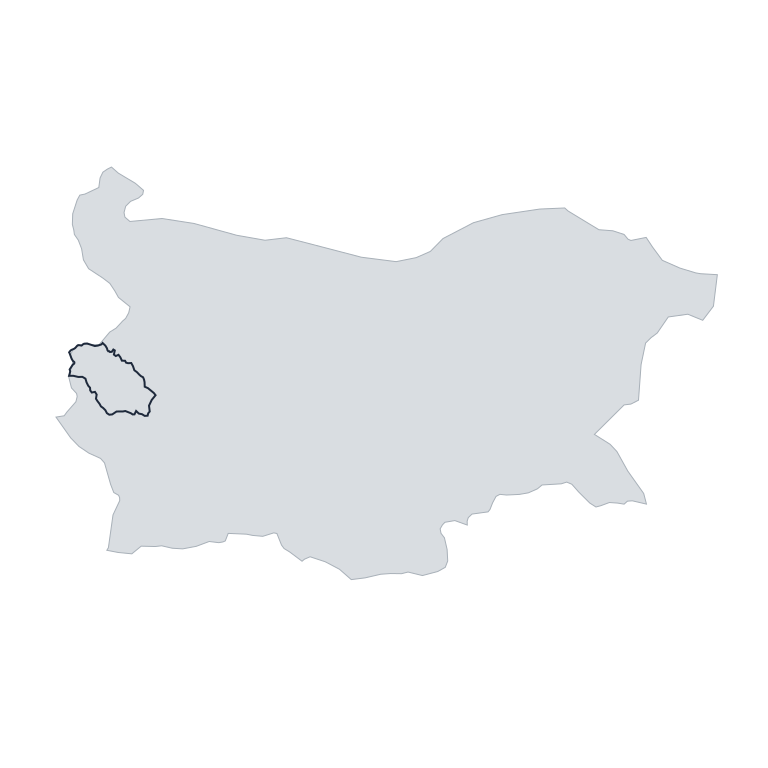 Pernik highlighted on a map of Bulgaria, rotated 4°
{"feature_id": "BGR-2245", "entity_name": "Pernik", "entity_type": "Province", "adm_level": 1, "iso_a3": "BGR", "parent_name": "Bulgaria", "parent_adm1": "", "projection": "natural_earth1", "projection_center": [22.785, 42.63], "detail": "fine", "context": "in_parent", "style": "outline", "palette": "slate", "viewbox_px": 768, "rotation_deg": 4, "n_neighbors": 0, "source": "natural_earth", "source_scale": "10m", "svg_char_len": 3494}
<svg xmlns="http://www.w3.org/2000/svg" viewBox="0 0 768 768"><g transform="rotate(4 384 384)"><path d="M654.2,485.5L639.9,483.2L635.0,483.9L631.9,487.1L625.3,486.5L617.1,486.5L608.7,490.3L604.0,491.9L597.6,488.4L585.7,478.1L578.4,470.9L573.1,469.1L567.8,471.2L548.7,473.7L544.3,477.9L535.6,482.5L526.7,484.7L514.0,486.2L507.3,486.0L503.6,488.3L500.6,495.0L498.5,501.7L496.7,504.3L480.9,507.6L477.4,511.4L476.5,515.1L476.9,518.9L464.2,515.3L454.4,517.7L452.1,520.5L450.1,524.6L451.3,529.0L455.0,533.2L458.5,544.7L459.9,556.1L457.9,562.6L450.7,567.3L435.7,572.4L421.1,569.9L414.7,572.0L403.9,572.6L394.0,574.0L378.7,578.7L365.0,581.4L352.5,571.9L337.7,565.4L322.3,561.5L316.9,564.3L314.6,566.5L301.6,558.1L295.8,555.1L293.0,551.8L287.6,540.6L284.4,540.2L273.7,544.4L263.5,544.2L257.3,543.4L239.0,543.9L236.6,551.6L234.3,552.8L230.3,553.8L220.6,553.3L208.1,559.0L194.7,562.5L184.3,562.6L173.5,560.9L167.1,562.1L153.1,562.7L144.3,571.0L130.6,570.6L119.1,569.2L120.5,566.5L122.8,533.5L128.5,518.8L128.2,515.8L127.0,513.5L122.0,511.1L118.3,503.2L110.7,482.2L106.4,478.0L94.5,473.6L84.1,467.6L75.2,459.6L59.1,439.9L67.2,438.0L69.7,434.0L77.9,423.2L78.8,417.9L78.0,414.9L72.5,409.7L68.8,398.3L71.6,387.7L71.9,382.3L69.1,376.9L72.0,370.2L77.9,366.5L81.6,365.5L97.0,364.7L106.8,351.3L112.8,347.0L118.9,339.4L121.7,336.6L124.4,330.7L125.3,324.7L113.1,316.2L108.9,309.8L103.5,302.8L96.1,297.9L81.3,289.6L75.5,281.1L72.9,270.1L69.0,261.8L64.7,256.4L63.8,252.0L62.0,246.6L61.6,235.9L65.1,221.8L67.4,216.8L72.4,215.4L85.8,207.9L86.4,198.3L88.8,192.3L93.1,188.9L97.0,186.6L104.3,192.2L121.9,201.1L130.6,207.6L130.1,211.6L126.1,215.6L118.4,219.5L113.9,224.7L112.7,231.1L113.9,235.6L119.2,239.6L151.0,234.4L183.2,237.1L226.6,245.9L255.3,248.9L276.5,244.9L315.8,252.2L352.5,259.1L387.6,261.1L407.3,255.7L421.0,248.5L432.7,234.8L461.9,216.9L490.1,206.8L527.3,198.6L552.0,195.8L555.6,198.6L587.6,215.1L601.6,215.2L613.1,218.1L617.3,222.5L620.3,223.6L635.3,219.5L642.2,228.5L653.0,241.2L671.0,247.7L687.1,251.4L692.1,251.9L708.9,251.7L707.2,283.4L697.5,298.2L682.2,293.2L662.9,297.3L653.0,314.1L647.2,319.1L642.1,324.9L639.1,346.7L639.0,382.4L631.7,386.8L625.0,388.1L597.4,419.6L613.8,428.4L621.1,435.2L633.3,453.9L650.7,475.1L654.2,485.5Z" fill="#d9dde1" stroke="#a8b0b8" stroke-width="1"/><path d="M92.9,366.3L96.0,365.6L99.2,364.3L100.4,363.0L100.5,362.8L101.1,363.3L103.4,365.2L105.2,367.8L105.7,369.4L106.7,370.6L107.7,370.5L108.4,371.2L110.2,370.9L111.6,368.5L113.1,369.3L112.5,373.5L114.5,374.8L117.1,373.4L119.1,375.7L120.9,379.0L124.1,378.9L125.2,380.7L127.2,381.1L130.4,380.7L132.4,383.8L134.0,387.7L136.7,389.4L139.2,391.7L141.0,393.1L143.2,394.1L144.3,396.3L145.0,398.8L145.5,403.4L148.8,404.6L155.0,409.0L156.9,411.1L153.4,416.1L151.1,422.0L152.2,427.8L150.8,429.7L150.4,432.1L147.5,432.5L144.7,431.0L141.5,430.6L138.6,428.2L137.2,431.7L135.4,431.9L133.5,430.8L127.8,429.0L125.5,429.6L119.1,430.1L115.0,433.3L112.1,433.8L109.6,432.4L107.9,429.6L105.5,427.5L103.2,426.1L101.6,423.6L99.4,421.1L97.7,418.8L98.1,414.6L96.2,412.0L93.1,412.9L91.4,410.9L91.0,408.2L89.1,406.4L87.2,403.2L85.8,399.5L82.6,397.9L78.6,398.3L73.5,397.5L69.3,397.8L69.6,396.5L70.1,393.2L69.4,391.4L72.1,386.6L73.5,385.3L73.6,384.9L73.7,384.5L73.6,384.1L73.5,383.7L72.0,382.6L70.6,380.6L68.1,375.0L67.7,374.5L67.9,374.0L68.2,373.6L68.9,372.6L69.8,371.8L72.4,370.5L73.5,369.6L75.2,367.3L76.1,366.6L77.6,366.5L79.4,366.8L80.1,366.4L80.7,365.6L82.1,364.7L85.0,364.3L92.9,366.3Z" fill="none" stroke="#1e293b" stroke-width="2"/></g></svg>